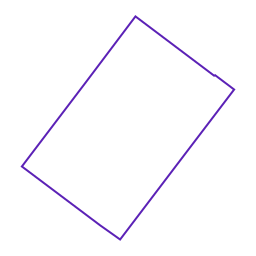 outline of Beadle, South Dakota, United States of America, rotated 127°
{"feature_id": "52423323B64363229098569", "entity_name": "Beadle", "entity_type": "district", "adm_level": 2, "iso_a3": "USA", "parent_name": "United States of America", "parent_adm1": "South Dakota", "projection": "natural_earth1", "projection_center": [-98.339, 44.415], "detail": "fine", "context": "isolated", "style": "outline", "palette": "violet", "viewbox_px": 256, "rotation_deg": 127, "n_neighbors": 0, "source": "geoboundaries", "source_scale": "gbopen_adm2", "svg_char_len": 285}
<svg xmlns="http://www.w3.org/2000/svg" viewBox="0 0 256 256"><g transform="rotate(127 128 128)"><path d="M33.4,66.4L33.4,90.2L34.4,90.7L34.4,189.2L116.3,189.2L222.6,189.6L222.5,91.6L221.8,67.2L194.8,67.1L114.1,66.8L33.4,66.4Z" fill="none" stroke="#5b21b6" stroke-width="2"/></g></svg>